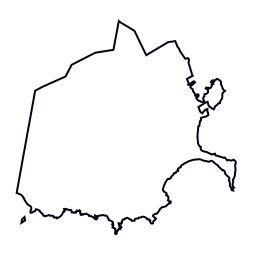 Kritar - Sirah, `Adan, Yemen (Robinson projection), rotated 2°
{"feature_id": "15242507B68167315655913", "entity_name": "Kritar - Sirah", "entity_type": "district", "adm_level": 2, "iso_a3": "YEM", "parent_name": "Yemen", "parent_adm1": "`Adan", "projection": "robinson", "projection_center": [45.033, 12.772], "detail": "fine", "context": "isolated", "style": "outline", "palette": "ink", "viewbox_px": 256, "rotation_deg": 2, "n_neighbors": 0, "source": "geoboundaries", "source_scale": "gbopen_adm2", "svg_char_len": 5920}
<svg xmlns="http://www.w3.org/2000/svg" viewBox="0 0 256 256"><g transform="rotate(2 128 128)"><path d="M115.1,21.4L110.7,50.4L92.7,53.9L69.5,66.8L63.8,78.7L41.3,89.7L33.9,94.0L19.0,196.7L23.3,198.4L24.8,199.6L26.1,201.4L27.6,204.2L30.3,207.9L31.7,208.7L32.4,208.9L33.8,210.2L34.2,211.2L34.1,212.3L33.3,214.9L33.5,216.0L34.3,216.1L34.8,215.7L35.2,215.8L35.6,215.5L36.7,214.8L38.0,214.2L38.6,213.3L38.9,212.4L39.9,212.5L42.6,213.6L42.6,214.2L43.3,214.7L43.8,215.5L45.9,217.1L45.9,217.6L46.6,218.5L47.8,219.1L48.1,218.9L48.2,218.7L48.9,219.0L50.0,218.5L52.3,217.8L52.8,218.2L54.2,218.4L55.0,218.2L55.9,218.5L56.9,219.0L56.8,219.6L57.4,220.1L58.5,220.0L59.4,219.8L59.8,220.6L60.3,220.8L61.0,220.2L63.2,219.0L64.6,217.5L65.3,216.4L66.0,214.4L66.8,214.2L66.9,213.7L66.9,213.1L67.6,212.9L67.6,212.4L68.1,212.0L67.5,211.6L67.2,211.6L67.0,211.1L67.6,211.0L68.1,211.3L69.3,211.1L69.7,211.7L71.1,211.6L71.6,211.9L72.1,211.9L73.1,212.2L73.9,211.9L74.2,212.2L74.3,212.7L74.8,213.7L74.7,214.2L75.1,214.5L75.7,214.4L76.0,214.2L76.3,214.4L76.9,214.6L77.3,214.6L77.9,214.1L78.1,214.3L78.6,213.7L78.9,213.5L79.2,213.8L79.6,212.3L80.9,212.8L82.3,211.9L83.1,212.5L82.7,213.1L83.1,213.9L83.1,214.3L83.6,214.5L83.6,216.2L83.9,216.5L84.2,216.3L84.9,216.3L85.2,215.9L85.5,216.2L85.8,216.1L85.9,215.9L86.2,215.9L86.5,216.0L86.9,215.6L87.6,215.3L88.5,215.5L89.2,215.1L91.7,216.3L92.1,216.6L92.2,217.2L92.3,217.4L93.6,217.2L94.3,217.4L94.7,217.9L96.0,218.1L96.9,219.0L97.2,219.1L97.5,219.5L97.9,219.6L98.2,220.0L99.3,220.5L99.6,220.4L99.7,219.9L99.9,219.6L100.2,219.6L100.5,219.2L98.4,217.8L98.2,216.6L100.7,217.8L101.2,216.8L103.1,216.6L104.6,216.1L106.2,215.9L108.3,216.4L109.3,216.4L110.1,216.9L110.7,217.5L110.9,218.6L111.8,219.5L111.9,220.4L112.0,220.6L115.2,221.8L116.3,222.9L116.3,223.6L116.2,224.2L115.8,224.3L115.5,224.8L115.8,225.1L116.2,225.1L116.0,225.5L116.7,225.8L116.1,227.2L116.0,228.0L117.6,228.3L118.2,229.2L118.7,229.2L119.0,230.2L118.9,231.6L119.3,232.2L118.8,232.9L118.8,233.9L119.3,234.6L119.6,234.5L119.9,234.3L120.4,233.8L120.3,232.3L120.7,231.8L121.1,230.8L121.8,230.5L121.9,229.6L122.2,229.0L122.6,229.0L123.4,229.2L123.1,228.5L124.4,228.2L124.8,227.7L124.9,227.3L124.7,226.8L123.6,226.2L123.5,226.7L122.9,226.5L121.9,223.6L123.4,223.5L124.4,224.1L125.1,223.4L125.1,223.1L124.8,222.7L125.3,221.9L125.3,220.9L126.1,219.6L126.8,219.5L127.4,219.6L128.0,219.2L128.0,218.8L129.4,218.1L130.6,217.8L131.4,218.2L132.6,219.1L133.6,219.1L134.3,219.6L134.9,220.6L135.7,220.6L136.0,220.4L137.5,220.5L137.4,220.0L137.9,219.5L138.5,218.5L138.9,218.4L139.2,218.2L141.1,218.1L141.7,217.2L142.2,217.4L144.1,216.8L144.9,216.3L146.5,216.1L147.3,216.3L148.8,216.9L149.9,217.6L149.9,218.0L150.2,218.4L150.6,218.6L151.1,218.4L152.9,219.0L152.8,219.9L153.4,220.0L153.5,221.0L153.8,221.4L153.9,222.0L155.1,222.7L156.3,222.4L156.6,220.4L157.2,219.7L158.1,219.0L159.1,217.5L156.8,216.0L156.0,214.8L156.7,213.7L158.9,212.7L159.8,212.7L160.1,212.0L161.0,211.2L163.3,207.2L164.1,206.7L165.0,205.8L165.7,205.9L166.8,205.5L167.7,205.3L168.9,204.6L169.6,203.9L169.9,203.4L171.2,202.4L171.7,202.2L171.9,202.0L171.9,201.2L172.8,200.8L173.1,201.0L173.1,199.9L172.3,200.0L171.7,199.8L170.8,199.2L170.4,198.8L170.9,198.0L170.6,195.0L169.8,194.6L169.3,194.0L168.6,193.9L169.0,192.6L168.7,191.9L168.3,192.0L167.9,191.4L167.3,190.9L166.5,190.5L165.9,190.0L165.2,189.0L165.1,187.6L166.0,184.3L167.9,179.9L169.4,177.6L170.3,177.3L170.9,177.6L172.4,176.6L172.5,175.8L175.4,172.4L175.7,171.4L176.8,171.4L177.4,171.0L177.5,170.4L178.8,169.4L179.5,169.3L179.7,168.8L179.6,168.3L179.1,168.0L179.3,167.3L179.7,167.1L179.7,166.7L180.6,165.9L182.0,165.5L182.3,163.9L186.1,161.2L190.3,158.9L194.9,157.4L200.4,156.7L202.4,157.1L204.1,157.9L207.7,158.4L210.1,159.0L210.9,158.4L212.8,157.9L213.8,158.4L216.8,160.8L219.0,162.2L220.3,163.8L224.0,167.0L224.4,166.6L225.2,167.0L226.0,167.9L226.6,168.9L226.4,169.7L226.9,170.5L228.3,172.0L230.1,173.3L230.8,174.2L231.1,175.6L230.6,176.6L231.6,178.3L231.9,182.2L233.1,184.2L233.9,186.5L235.2,186.8L234.3,184.7L234.8,184.1L235.9,183.9L234.6,182.1L234.6,179.9L235.0,177.8L234.7,176.5L235.1,175.2L235.5,174.8L236.2,172.7L236.7,170.3L236.3,169.2L236.8,167.7L236.9,165.7L236.3,161.6L237.0,159.4L236.5,157.4L234.7,156.0L232.5,157.0L229.4,156.4L228.3,156.9L225.7,154.1L224.8,154.4L216.2,152.2L215.9,150.7L214.7,150.9L212.4,151.6L212.1,151.2L210.6,150.7L208.1,149.5L206.2,149.0L205.6,149.0L202.5,148.0L201.5,146.9L201.3,145.4L201.5,144.4L200.2,143.8L199.2,142.3L198.5,140.7L197.7,134.1L198.2,124.0L199.1,123.7L199.8,118.6L200.7,117.6L200.5,115.5L202.5,114.6L205.9,113.7L207.8,112.2L207.5,110.1L206.7,108.8L206.7,106.2L204.8,107.1L203.2,108.6L201.8,110.7L200.6,110.1L199.5,109.1L197.7,104.6L204.0,100.2L206.6,99.1L207.8,102.9L211.2,105.6L211.8,105.5L212.9,106.4L213.5,105.8L213.9,104.3L214.4,103.1L216.3,101.9L217.3,100.2L219.0,100.0L219.2,98.2L221.0,95.2L221.2,93.8L221.1,91.9L221.2,89.8L223.7,87.5L222.7,87.0L221.4,85.6L220.3,82.8L219.3,81.0L219.3,78.5L217.8,77.1L215.4,75.8L213.3,77.1L212.5,78.5L211.3,77.3L209.7,78.3L209.3,79.4L211.0,79.7L211.7,81.0L210.4,81.3L210.0,81.6L210.4,82.6L209.9,84.0L209.2,84.6L209.0,85.2L207.8,85.1L207.3,85.8L206.6,84.9L205.7,84.9L204.6,85.0L204.4,85.9L205.2,86.5L206.7,86.7L206.6,88.3L206.7,89.4L206.2,90.4L204.8,91.2L203.2,91.6L203.3,93.4L202.0,95.3L202.5,97.0L203.5,99.1L202.5,99.7L201.2,99.1L199.8,99.2L198.8,98.5L197.4,98.2L195.2,95.8L196.0,94.4L197.2,94.1L197.4,93.2L197.1,92.0L196.0,91.9L195.5,92.9L195.1,94.0L193.9,93.2L194.1,92.3L193.0,90.6L191.8,89.2L191.4,87.1L190.8,86.8L188.9,85.2L189.2,83.8L190.8,82.6L193.4,80.1L192.6,79.1L191.8,79.1L188.6,81.8L187.8,82.8L186.6,82.6L187.1,81.0L185.2,77.1L188.9,74.6L190.8,73.7L190.2,72.4L186.2,60.6L186.6,57.7L185.5,56.1L182.9,56.8L180.4,53.7L176.9,48.8L176.4,47.1L174.7,45.2L172.2,39.5L165.1,40.8L143.7,54.6L131.0,30.6L116.6,22.6L115.1,21.4ZM28.4,223.9L27.7,220.6L25.4,222.8L24.8,226.5L28.4,223.9Z" fill="none" stroke="#020617" stroke-width="2"/></g></svg>